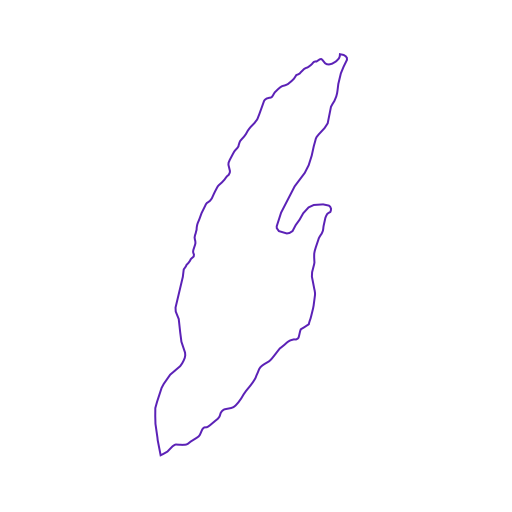 outline of Nuevo San Carlos, Retalhuleu, Guatemala, rotated 13°
{"feature_id": "79465075B2823208304542", "entity_name": "Nuevo San Carlos", "entity_type": "district", "adm_level": 2, "iso_a3": "GTM", "parent_name": "Guatemala", "parent_adm1": "Retalhuleu", "projection": "equal_earth", "projection_center": [-91.689, 14.629], "detail": "fine", "context": "isolated", "style": "outline", "palette": "violet", "viewbox_px": 512, "rotation_deg": 13, "n_neighbors": 0, "source": "geoboundaries", "source_scale": "gbopen_adm2", "svg_char_len": 4037}
<svg xmlns="http://www.w3.org/2000/svg" viewBox="0 0 512 512"><g transform="rotate(13 256 256)"><path d="M211.5,179.1L211.7,180.7L211.1,183.2L210.4,184.0L209.7,185.0L209.0,186.5L208.1,188.7L206.2,192.0L203.8,195.4L203.1,196.7L202.6,198.4L201.6,202.2L200.9,205.3L200.0,209.8L199.3,211.4L198.6,212.8L197.8,213.7L197.0,214.6L196.2,215.4L195.5,217.0L195.2,218.5L193.3,226.5L192.6,232.3L192.2,234.9L191.9,236.4L191.7,238.3L191.7,239.7L191.8,241.4L192.0,242.7L192.2,243.9L192.1,245.6L192.1,247.6L191.9,249.5L192.0,251.8L192.8,253.8L193.5,255.1L194.1,257.1L194.1,258.8L193.6,264.1L193.7,265.7L194.1,266.9L195.2,268.5L195.4,270.5L194.5,271.8L193.8,272.7L193.1,273.9L192.8,275.4L191.7,278.0L190.9,279.3L190.3,280.3L190.0,281.9L188.6,285.3L189.4,292.8L189.2,324.4L190.3,328.2L194.9,334.8L199.3,347.4L202.6,356.3L208.6,366.1L209.4,368.7L209.5,371.3L209.0,374.2L208.2,377.2L206.9,380.4L199.1,390.9L194.9,401.3L193.7,405.7L192.4,420.2L192.1,426.8L193.8,434.5L195.8,442.2L200.8,455.1L201.7,457.7L207.9,471.6L210.1,469.8L213.7,466.5L215.3,463.8L217.5,460.2L219.1,458.5L219.9,457.9L220.8,457.6L222.3,457.4L223.4,457.2L224.9,456.9L226.7,456.6L228.1,456.2L229.5,455.8L230.4,455.4L231.7,454.5L232.5,453.5L234.2,451.4L239.3,446.3L240.7,444.7L241.5,443.0L242.0,440.6L242.2,439.4L242.7,436.9L243.5,435.4L244.3,434.6L245.7,434.2L246.6,433.9L247.7,433.0L248.4,432.2L249.2,431.3L253.2,426.0L255.4,423.2L256.4,421.1L256.7,419.8L256.8,418.1L256.9,416.9L257.6,415.0L258.6,413.6L259.6,412.6L261.3,411.8L266.0,409.7L267.8,408.5L268.6,407.7L269.7,406.3L270.5,404.9L271.8,402.5L272.5,400.8L273.6,398.2L275.1,393.5L276.0,391.3L276.6,389.8L279.8,383.3L281.4,379.6L282.5,376.5L283.0,374.7L283.3,372.4L283.9,369.4L284.3,366.8L284.6,365.2L285.3,363.4L286.3,361.9L287.1,360.9L288.6,359.3L292.3,355.8L293.4,354.3L294.5,352.4L296.1,349.1L298.4,344.1L300.0,340.7L301.2,339.3L303.7,336.1L305.5,333.5L306.4,332.4L307.9,330.9L309.1,330.1L311.7,328.7L313.0,328.5L314.0,328.2L315.3,327.0L315.8,326.0L315.9,324.4L315.9,323.1L315.9,319.4L316.1,317.4L317.2,316.3L318.7,314.9L322.8,310.6L322.8,308.8L323.0,306.4L323.2,304.6L323.3,301.4L323.4,294.3L323.3,291.5L323.1,289.4L322.3,281.1L322.1,279.9L321.8,278.7L320.9,276.4L320.3,275.2L317.5,268.9L315.8,265.1L315.1,263.5L314.3,259.1L314.5,251.1L314.4,249.2L313.8,247.1L313.0,244.3L312.5,242.1L312.2,240.6L312.1,238.6L312.1,237.3L312.2,235.8L312.3,234.1L313.1,226.0L313.2,224.6L313.7,222.8L314.4,220.8L314.9,219.6L315.2,218.2L315.5,216.3L315.4,214.4L315.2,212.8L315.1,211.5L315.0,203.2L315.3,201.3L315.9,199.1L316.9,197.8L318.5,196.4L318.7,194.9L318.5,193.1L317.2,191.3L315.7,190.5L309.8,190.6L300.8,193.3L296.3,196.8L292.4,203.7L290.3,210.8L287.7,217.0L286.0,223.5L283.5,226.0L281.0,227.1L274.3,226.7L272.7,226.6L270.0,224.2L269.5,222.4L270.7,208.1L278.0,179.4L284.8,164.1L286.9,155.7L287.7,145.7L287.6,135.8L287.8,131.5L287.9,128.2L288.3,126.4L289.8,123.3L294.0,116.0L296.0,110.6L295.5,93.7L296.4,90.5L297.5,87.3L298.3,82.6L298.4,79.3L298.2,76.5L297.5,69.8L297.6,58.9L298.8,51.7L300.5,44.4L300.0,42.5L298.5,41.2L296.2,40.4L292.4,40.5L292.7,42.7L292.3,44.9L290.9,47.3L289.9,48.7L286.9,51.5L285.6,52.2L283.9,53.0L281.7,53.2L279.9,52.6L278.5,51.5L276.3,49.8L275.1,49.4L273.8,50.1L272.5,51.5L271.2,52.9L270.2,53.0L268.7,53.9L268.0,55.0L267.5,56.1L266.5,57.6L265.6,58.7L264.4,60.1L263.5,60.9L262.6,61.4L261.7,62.1L260.6,63.2L259.9,64.4L258.4,66.7L257.5,68.4L256.0,69.7L254.6,70.6L254.0,72.3L253.1,74.7L251.6,77.1L250.8,78.2L249.4,80.0L248.6,81.1L247.3,82.2L245.7,83.3L243.8,84.3L242.8,85.0L241.4,86.5L239.8,88.7L238.6,90.6L237.5,92.3L236.9,94.0L236.5,95.4L235.8,97.3L234.7,98.4L233.4,98.8L230.9,100.2L229.5,101.8L229.0,103.0L228.8,104.5L228.5,107.2L227.3,117.2L226.9,119.9L226.6,122.0L226.1,123.5L225.5,124.7L224.7,126.6L222.9,129.6L221.8,131.4L220.8,133.4L219.8,135.8L218.8,139.3L217.8,141.7L217.1,143.1L216.0,145.0L214.7,147.5L214.4,149.1L214.2,151.5L214.2,153.2L213.6,154.8L212.0,157.6L211.3,159.1L210.6,161.5L209.6,165.3L208.8,168.3L208.3,171.2L208.6,173.3L209.5,175.1L211.5,179.1Z" fill="none" stroke="#5b21b6" stroke-width="2"/></g></svg>